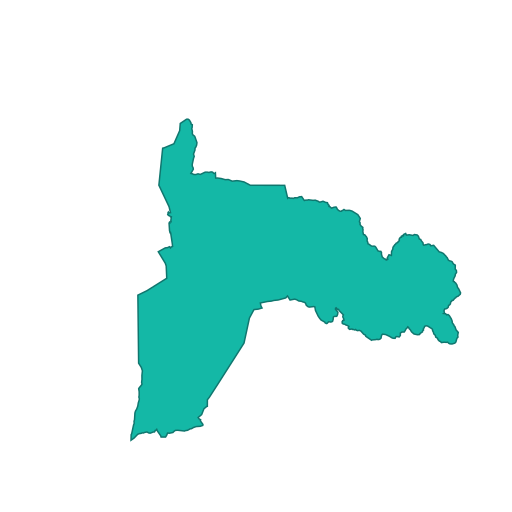 outline of Piura, Piura, Peru, rotated 69°
{"feature_id": "86281439B64681536728505", "entity_name": "Piura", "entity_type": "district", "adm_level": 2, "iso_a3": "PER", "parent_name": "Peru", "parent_adm1": "Piura", "projection": "albers", "projection_center": [-80.324, -5.19], "detail": "fine", "context": "isolated", "style": "filled", "palette": "teal", "viewbox_px": 512, "rotation_deg": 69, "n_neighbors": 0, "source": "geoboundaries", "source_scale": "gbopen_adm2", "svg_char_len": 6090}
<svg xmlns="http://www.w3.org/2000/svg" viewBox="0 0 512 512"><g transform="rotate(69 256 256)"><path d="M344.4,76.4L343.3,74.7L342.8,74.5L341.3,74.1L339.5,74.7L336.2,73.3L335.5,73.4L334.9,74.1L333.7,74.7L331.8,74.9L331.0,75.5L329.7,77.2L328.7,77.9L326.1,78.1L325.0,78.6L323.6,78.9L322.8,79.4L320.9,80.1L319.1,81.7L317.8,83.5L309.7,86.3L309.1,89.2L307.7,89.4L306.8,90.4L306.5,91.1L306.5,92.8L306.2,93.6L306.1,95.4L305.4,95.8L303.5,95.4L301.1,96.2L299.6,96.3L298.7,97.4L295.7,97.3L294.1,98.0L292.7,100.5L293.1,102.0L291.1,105.3L290.4,108.1L288.6,108.2L288.8,110.5L289.3,110.7L289.4,111.4L289.8,111.0L290.0,111.1L289.7,113.1L290.6,113.5L290.3,114.4L291.0,115.7L291.8,116.4L293.1,116.7L293.5,118.2L294.2,118.7L294.3,120.6L295.0,121.5L295.1,122.2L296.2,123.7L296.2,124.1L297.3,125.2L298.7,125.9L300.3,127.8L304.0,129.4L302.5,131.4L304.8,134.1L306.1,134.1L306.0,134.5L306.5,135.1L306.4,135.9L305.5,135.9L305.2,136.6L304.3,137.4L302.1,138.5L299.2,138.2L297.7,137.6L296.4,137.8L296.0,138.9L294.9,140.3L290.7,141.0L289.6,141.5L289.2,142.0L288.5,144.0L288.0,144.7L285.5,146.3L284.7,147.1L283.2,146.7L281.8,146.9L279.6,145.9L277.8,146.0L275.1,146.9L274.6,147.9L274.3,148.0L271.1,147.4L270.0,146.7L268.5,146.5L267.6,146.0L265.7,147.1L263.8,147.6L262.3,146.9L261.4,147.2L260.9,147.1L258.3,145.2L253.9,146.1L248.5,150.2L246.9,152.3L245.5,156.2L244.1,157.2L244.5,158.7L244.5,159.7L244.8,160.3L244.5,161.2L243.3,162.4L241.6,163.3L240.0,163.4L238.9,163.7L238.4,165.9L238.4,168.3L236.4,169.4L235.9,170.1L234.9,169.6L233.7,170.2L231.8,170.2L230.9,171.8L228.9,173.8L228.6,177.3L227.1,178.4L225.1,180.7L224.5,182.8L222.3,186.9L222.2,188.4L221.7,189.2L221.5,191.0L216.9,192.1L216.3,194.3L216.5,196.5L215.5,199.0L215.6,200.6L215.0,201.4L214.1,203.8L213.5,204.2L213.1,205.0L213.4,205.7L200.3,203.9L187.9,236.0L182.6,240.6L180.1,244.4L178.8,246.8L177.6,251.4L174.7,254.4L173.7,257.4L171.2,260.7L169.5,263.8L168.8,265.7L163.8,264.1L164.0,264.9L163.8,265.8L162.3,266.4L161.7,267.1L161.2,268.6L161.2,269.9L160.2,271.5L159.5,273.4L159.9,278.7L158.5,280.7L158.4,283.0L157.5,285.1L156.7,285.6L155.6,287.2L152.5,283.4L151.0,283.1L149.5,283.3L147.8,282.8L142.4,279.3L140.9,278.0L138.4,277.8L135.2,275.0L133.5,274.3L132.8,273.2L131.2,271.7L129.0,270.5L122.9,270.3L122.1,270.4L120.3,271.5L119.0,271.6L116.9,270.7L114.0,270.3L113.2,269.6L110.6,268.4L109.5,269.3L108.2,269.0L105.2,269.5L103.9,270.4L103.4,271.8L105.1,279.2L111.6,282.3L121.8,292.4L122.1,302.9L121.9,304.5L155.1,321.3L178.8,319.5L184.9,320.3L184.5,322.0L183.6,322.1L184.0,322.6L184.7,322.8L185.7,323.6L187.0,323.0L187.4,322.3L188.9,321.7L189.1,321.0L192.4,322.8L193.6,323.0L193.3,324.4L194.5,324.8L194.2,325.4L201.2,327.6L203.4,327.9L203.4,327.4L204.8,327.6L214.4,329.7L217.2,330.5L217.2,332.2L217.8,332.9L216.3,333.5L216.5,335.6L215.9,337.8L217.0,345.7L230.1,343.3L233.1,343.4L244.8,347.3L249.3,370.2L250.2,380.3L314.0,404.0L319.0,403.0L322.5,403.2L326.6,405.3L330.4,406.7L333.0,408.1L334.7,408.3L335.4,409.1L337.2,412.3L337.9,413.1L340.8,413.7L344.2,415.0L345.7,415.9L347.5,416.1L348.5,416.6L350.9,418.5L353.8,420.2L356.2,422.3L357.6,424.1L359.2,425.3L365.3,428.1L366.6,429.1L368.6,429.7L369.9,430.9L377.3,435.7L378.1,436.6L383.2,438.7L382.3,435.1L380.1,430.4L380.0,428.8L380.4,426.9L380.4,425.4L380.9,424.5L380.8,423.3L381.2,420.9L382.9,419.4L383.5,418.1L383.5,415.0L383.9,413.9L383.5,413.2L382.7,412.7L382.8,411.6L382.3,410.8L383.9,410.8L389.6,409.4L391.0,409.5L392.6,405.3L391.3,403.6L389.6,402.0L390.4,400.4L391.0,396.8L390.4,395.6L389.9,393.8L390.6,391.6L393.8,385.4L393.7,384.7L394.2,382.3L393.8,379.6L394.1,378.0L393.7,375.8L393.8,373.0L395.0,369.1L395.1,366.4L394.2,365.9L390.4,366.9L389.6,366.9L389.1,366.4L387.3,367.7L386.0,367.9L384.6,363.6L380.0,359.4L378.8,355.9L378.9,355.3L372.8,352.9L371.1,350.1L361.9,337.5L333.0,298.4L311.6,284.4L305.3,277.1L306.4,272.9L306.7,269.0L304.5,269.3L301.4,268.8L302.6,261.5L303.6,257.9L303.9,255.2L305.0,251.1L305.8,243.3L304.6,240.9L309.3,240.0L310.1,235.4L311.2,233.9L313.3,232.2L314.6,229.8L315.8,228.6L316.4,227.6L317.6,226.7L320.1,226.7L322.1,225.5L322.8,224.5L323.9,220.2L324.6,219.3L328.2,220.0L334.5,219.5L337.0,218.9L339.1,218.2L342.3,215.5L343.1,215.5L344.3,214.5L344.4,213.8L343.4,211.7L344.4,210.0L344.6,208.8L344.4,207.9L342.4,206.4L341.8,206.3L340.6,205.5L340.5,204.5L341.2,202.4L341.0,201.9L339.7,200.7L337.9,199.7L334.2,200.9L333.2,200.4L333.1,199.7L335.3,198.9L335.4,198.0L336.8,197.9L342.3,195.5L343.2,196.5L344.2,196.8L346.1,196.6L347.5,196.9L347.3,198.1L347.7,198.2L348.0,199.0L349.6,199.6L350.7,199.0L351.5,197.6L352.8,196.7L353.2,196.0L355.0,194.5L356.2,195.7L358.0,195.0L358.6,192.5L359.2,192.2L359.4,191.5L360.5,190.2L360.3,189.3L361.2,188.9L362.0,188.1L362.5,186.1L363.6,185.0L367.6,183.5L369.1,182.2L370.2,182.3L370.9,181.9L376.1,178.3L376.0,177.5L377.0,174.1L377.1,172.8L377.8,172.1L378.1,170.3L377.4,168.6L376.2,168.0L374.8,166.9L374.3,165.8L375.8,163.1L378.9,160.1L381.4,158.2L382.1,157.1L382.7,155.6L381.7,154.6L381.6,153.5L382.9,151.3L381.9,149.7L379.7,148.9L379.3,147.0L380.1,144.8L378.7,143.0L378.0,142.4L377.3,140.7L376.5,139.7L377.4,139.2L379.0,139.0L380.0,138.4L382.5,138.0L385.4,136.5L387.3,133.6L387.9,131.8L387.8,131.2L387.2,130.9L386.5,127.8L385.6,127.3L385.1,126.1L384.2,126.1L383.1,124.6L382.1,123.8L382.1,122.2L382.9,120.9L387.0,117.8L387.8,117.6L389.1,117.9L390.5,117.7L392.5,117.9L394.4,117.0L396.1,117.3L397.7,116.1L399.5,116.0L401.2,115.3L401.9,114.5L403.3,113.9L403.9,111.2L404.8,109.4L405.1,108.0L406.6,107.3L407.5,106.5L408.4,104.5L408.6,101.6L407.9,100.2L404.9,98.0L404.1,96.5L402.3,96.1L399.7,94.5L398.9,95.0L397.9,95.2L396.7,95.7L393.2,95.6L392.0,96.1L391.1,96.0L388.6,96.7L387.2,96.2L384.6,96.2L380.9,96.9L379.5,97.7L379.2,99.2L377.9,99.6L377.0,101.2L376.9,100.7L376.4,100.4L374.6,100.2L373.1,98.9L373.4,97.3L373.3,96.3L372.7,94.9L371.1,93.9L371.1,92.9L370.4,91.7L368.7,90.7L368.4,89.6L367.7,88.8L368.0,87.8L366.7,85.6L366.6,84.6L365.9,83.5L366.0,81.9L364.9,79.0L363.7,78.2L359.0,78.6L357.6,79.1L355.1,78.8L352.7,79.3L351.9,79.9L351.1,80.0L350.5,80.9L349.4,80.5L348.1,79.6L345.9,77.2L344.4,76.4Z" fill="#14b8a6" stroke="#0f766e" stroke-width="1.5"/></g></svg>